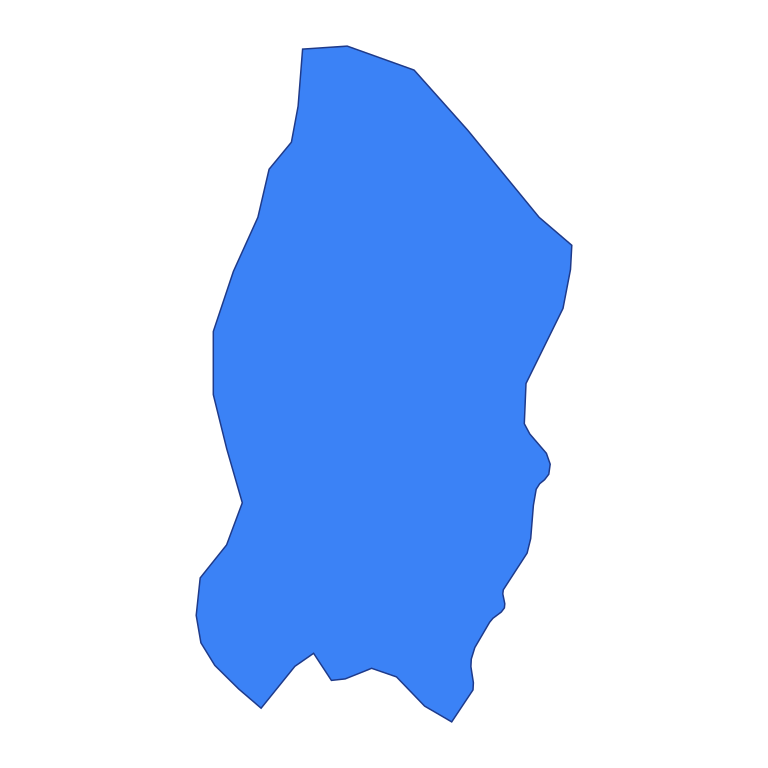 map outline of Lola (Equal Earth projection)
{"feature_id": "GIN-5650", "entity_name": "Lola", "entity_type": "Prefecture", "adm_level": 1, "iso_a3": "GIN", "parent_name": "Guinea", "parent_adm1": "", "projection": "equal_earth", "projection_center": [-8.285, 7.882], "detail": "fine", "context": "isolated", "style": "filled", "palette": "blue", "viewbox_px": 768, "rotation_deg": 0, "n_neighbors": 0, "source": "natural_earth", "source_scale": "10m", "svg_char_len": 813}
<svg xmlns="http://www.w3.org/2000/svg" viewBox="0 0 768 768"><path d="M571.8,245.3L570.5,269.5L563.0,308.4L526.0,383.5L524.3,423.7L529.8,434.0L546.4,453.3L550.2,464.2L548.8,474.2L544.6,479.7L539.7,483.7L536.2,489.2L533.4,505.3L530.7,538.6L527.1,553.1L503.3,589.8L502.8,593.9L504.8,603.8L504.4,607.9L501.3,612.0L492.9,618.3L489.6,622.3L474.8,647.6L471.3,659.0L470.9,666.6L473.4,682.8L473.0,689.9L451.7,721.9L424.6,706.1L396.5,676.9L371.6,668.3L345.2,678.9L331.4,680.4L313.6,653.3L294.9,666.3L261.1,708.2L238.7,689.0L214.8,665.4L200.9,642.8L196.2,615.4L200.2,577.9L226.6,544.9L242.3,502.8L226.7,448.7L213.3,394.6L213.3,331.5L233.4,271.4L257.9,217.3L269.1,169.2L291.4,142.2L298.1,106.2L302.6,49.1L347.2,46.1L414.1,70.1L467.7,130.2L539.1,217.3L571.8,245.3Z" fill="#3b82f6" stroke="#1e3a8a" stroke-width="1.5"/></svg>